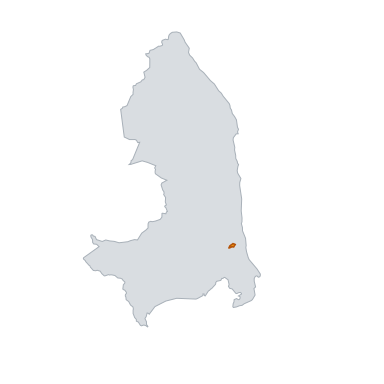 location of San Pablo, Cajamarca, Peru, rotated 202°
{"feature_id": "86281439B29133878873300", "entity_name": "San Pablo", "entity_type": "district", "adm_level": 2, "iso_a3": "PER", "parent_name": "Peru", "parent_adm1": "Cajamarca", "projection": "mercator", "projection_center": [-78.748, -7.04], "detail": "fine", "context": "in_parent", "style": "filled", "palette": "amber", "viewbox_px": 384, "rotation_deg": 202, "n_neighbors": 0, "source": "geoboundaries", "source_scale": "gbopen_adm2", "svg_char_len": 4814}
<svg xmlns="http://www.w3.org/2000/svg" viewBox="0 0 384 384"><g transform="rotate(202 192 192)"><path d="M269.5,113.5L269.4,114.5L268.1,115.0L267.0,114.2L265.3,114.5L262.7,112.1L256.7,112.5L254.0,115.2L250.0,115.8L245.6,117.1L240.6,117.6L232.8,121.9L231.0,123.7L227.5,126.3L224.6,127.1L223.2,135.0L220.4,139.6L219.3,142.2L220.8,146.0L220.8,147.9L219.2,149.4L217.9,149.5L215.2,151.2L211.2,154.7L210.5,157.4L211.8,160.9L211.4,161.3L208.1,162.0L208.2,164.0L207.5,164.7L210.3,167.6L211.8,168.2L211.9,169.0L211.6,169.7L211.0,170.0L211.0,170.6L213.0,172.7L214.4,177.0L217.3,179.0L217.4,180.4L218.2,181.8L219.8,182.8L223.3,187.0L223.3,189.0L219.7,193.5L225.7,193.5L232.4,195.1L233.3,195.8L234.1,197.8L234.2,199.2L235.6,200.3L235.4,202.8L244.2,202.8L249.9,202.2L259.2,194.6L260.6,193.9L259.8,195.6L259.7,196.8L260.2,198.1L259.2,199.9L259.1,218.5L260.8,217.5L262.9,219.2L264.5,219.3L269.5,217.2L275.4,217.6L289.1,241.9L287.9,243.5L288.0,244.8L286.3,245.9L284.6,247.8L284.5,257.5L283.2,260.5L283.9,262.0L284.7,265.1L286.0,267.0L286.3,268.2L286.1,268.6L284.2,269.7L284.1,271.5L280.7,275.0L280.1,277.3L278.8,278.1L278.5,280.8L281.6,285.1L279.7,287.7L277.8,291.6L281.0,299.7L282.2,300.8L283.6,300.8L285.6,301.5L286.7,302.7L284.2,304.2L283.8,304.9L284.0,307.6L281.2,309.6L277.6,314.7L276.6,315.0L274.7,316.5L274.4,317.3L274.7,318.0L276.3,319.6L276.4,321.4L273.8,323.8L271.9,324.0L271.2,324.6L272.0,327.8L272.0,329.2L271.4,330.9L270.1,332.7L266.1,334.7L262.5,335.0L256.4,330.3L254.5,328.3L248.4,324.3L247.5,320.1L245.4,318.0L241.7,316.5L238.7,314.3L236.5,313.3L231.0,308.6L226.0,307.1L216.7,302.2L211.7,300.5L205.3,295.9L201.8,294.6L199.0,292.5L190.6,287.9L189.2,286.4L188.0,284.2L186.1,282.8L184.0,279.8L180.8,277.9L177.8,275.5L174.1,269.1L172.4,267.6L172.3,264.7L171.0,263.3L172.8,262.4L174.0,257.8L173.4,255.6L169.1,249.5L168.3,246.9L165.2,242.3L164.0,239.5L161.6,237.4L160.5,235.7L159.1,234.9L159.0,232.8L158.1,228.7L156.7,226.6L151.7,222.8L151.3,218.7L150.2,215.8L143.3,204.1L139.3,192.9L135.9,186.7L134.5,183.1L134.4,181.2L131.9,177.9L130.6,174.9L125.0,169.1L121.7,162.6L121.3,160.7L119.1,157.1L115.5,152.5L113.7,150.7L102.9,145.0L97.9,141.5L97.3,139.8L97.5,138.7L98.6,137.8L100.2,138.5L101.1,138.2L101.8,136.9L101.9,135.0L100.9,132.6L97.5,127.8L98.4,125.7L94.9,120.1L95.7,114.8L96.5,113.4L101.7,108.0L103.1,105.7L105.4,104.3L107.7,102.1L110.4,100.4L111.2,101.0L112.0,103.9L111.9,105.8L112.6,108.0L110.7,109.9L108.7,109.5L107.9,110.0L107.6,110.9L107.9,112.4L108.4,113.0L110.0,113.0L107.9,115.9L108.1,116.5L109.5,117.0L110.9,116.3L112.4,114.6L113.3,114.4L118.5,117.2L120.9,116.8L122.8,118.1L123.0,120.2L125.7,124.1L129.6,125.1L130.2,124.8L131.1,123.3L132.0,123.1L132.2,120.8L135.6,118.5L136.1,116.9L135.6,115.7L135.7,114.9L137.7,109.6L138.3,109.1L138.9,107.4L139.7,106.4L140.8,100.6L141.7,100.6L142.6,102.0L143.7,101.6L143.1,100.3L143.3,99.8L147.1,95.2L148.2,94.2L166.4,87.7L175.4,81.1L183.4,71.9L185.9,62.6L186.8,63.2L188.3,63.0L187.8,59.2L188.2,57.4L188.1,56.9L185.6,54.6L184.6,52.2L182.5,50.8L182.6,50.3L184.9,50.8L186.9,50.6L188.7,49.0L190.0,49.1L193.0,51.3L195.2,51.4L195.9,53.0L198.1,54.1L201.1,57.3L202.5,60.8L202.4,61.4L203.7,63.3L206.7,64.2L209.6,66.7L212.7,67.5L214.0,69.9L214.9,70.6L215.3,72.0L214.8,73.5L215.3,74.4L217.5,75.8L219.4,75.8L219.9,76.5L220.9,80.3L220.2,82.3L220.5,83.4L223.0,84.3L223.8,85.1L225.8,85.3L228.6,84.5L232.2,85.7L234.9,85.2L236.1,84.9L237.4,84.1L238.5,84.1L241.3,81.6L242.0,81.4L245.0,82.5L247.5,84.2L250.6,83.9L251.8,82.9L254.1,82.3L258.1,84.3L259.0,85.3L260.1,85.5L264.4,87.6L265.2,88.4L267.5,89.2L267.9,89.9L267.8,90.6L257.7,106.5L260.8,107.8L263.7,107.0L265.2,108.0L266.4,110.6L268.7,112.3L269.5,113.5Z" fill="#d9dde1" stroke="#a8b0b8" stroke-width="1"/><path d="M136.9,154.1L136.8,153.9L136.7,153.9L136.5,154.0L136.4,154.3L136.3,154.5L136.2,154.5L135.9,154.7L135.7,154.7L135.6,154.8L135.5,155.0L135.4,155.1L135.4,155.3L135.2,155.5L134.9,155.6L134.8,155.8L134.8,156.0L134.7,156.1L134.4,156.1L134.3,156.3L134.2,156.3L134.1,156.5L133.9,156.5L133.8,156.4L133.7,156.4L133.4,156.4L133.4,156.5L133.2,156.6L132.9,156.7L132.9,156.8L132.8,157.0L132.7,157.0L132.7,157.3L132.6,157.5L132.6,157.8L132.6,158.0L132.6,158.3L132.6,158.5L132.5,158.8L132.4,158.9L132.3,159.0L132.2,159.1L132.1,159.3L132.1,159.5L132.3,159.6L132.5,159.6L132.8,159.5L133.0,159.6L133.3,159.5L133.5,159.6L133.8,159.6L134.0,159.5L134.1,159.4L134.3,159.5L134.4,159.4L134.5,159.5L134.7,159.4L134.8,159.4L134.9,159.2L135.0,159.0L135.0,158.9L135.1,158.7L135.3,158.5L135.3,158.4L135.5,158.2L135.8,157.9L135.9,157.7L136.0,157.5L136.0,157.4L136.1,157.2L136.3,157.0L136.3,156.8L136.3,156.7L136.5,156.5L136.5,156.4L136.6,156.2L136.8,156.1L136.8,155.9L136.8,155.7L136.8,155.4L136.8,155.2L136.7,155.1L136.7,154.9L136.7,154.6L136.8,154.5L136.8,154.4L136.9,154.2L136.9,154.1Z" fill="#f59e0b" stroke="#b45309" stroke-width="1.5"/></g></svg>